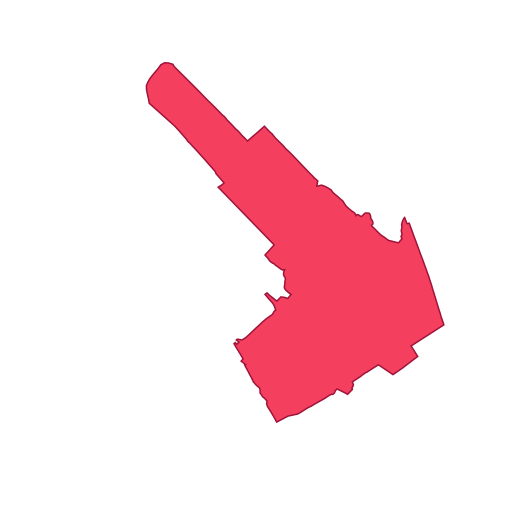 Ghindeni, Dolj, Romania, rotated 37°
{"feature_id": "2599482B6715750772475", "entity_name": "Ghindeni", "entity_type": "district", "adm_level": 2, "iso_a3": "ROU", "parent_name": "Romania", "parent_adm1": "Dolj", "projection": "natural_earth1", "projection_center": [23.924, 44.199], "detail": "fine", "context": "isolated", "style": "filled", "palette": "rose", "viewbox_px": 512, "rotation_deg": 37, "n_neighbors": 0, "source": "geoboundaries", "source_scale": "gbopen_adm2", "svg_char_len": 6131}
<svg xmlns="http://www.w3.org/2000/svg" viewBox="0 0 512 512"><g transform="rotate(37 256 256)"><path d="M366.5,373.5L372.5,376.2L375.0,370.8L377.9,364.6L384.4,357.1L384.8,356.2L385.6,354.4L387.6,349.0L388.1,347.6L388.8,345.9L390.6,342.4L391.9,339.1L394.0,334.3L395.5,330.9L396.8,327.9L397.8,324.8L398.5,323.1L399.5,320.9L400.2,320.7L400.7,320.2L400.9,319.4L401.1,318.2L400.4,315.7L400.8,313.4L408.0,312.0L411.6,311.4L412.4,311.4L413.3,304.5L412.1,303.8L412.1,303.3L411.8,302.2L411.7,300.9L411.1,300.0L410.0,299.4L409.1,298.8L408.7,298.6L409.6,296.1L410.5,293.6L411.9,289.7L412.4,287.9L412.5,286.9L413.1,285.4L413.7,283.4L414.5,282.0L416.4,276.7L417.0,275.1L417.5,273.8L418.4,271.5L418.7,270.8L419.2,269.2L423.4,269.0L436.8,268.3L440.4,257.4L445.6,238.9L438.6,236.2L434.0,234.5L447.5,197.9L445.1,196.2L444.9,196.1L444.1,195.6L443.4,195.1L442.7,194.6L441.9,194.1L441.1,193.6L440.4,193.1L439.7,192.6L439.0,192.0L438.3,191.5L437.7,191.0L436.2,190.0L435.5,189.5L434.8,189.0L433.4,188.0L431.9,186.9L431.2,186.4L430.4,185.8L429.6,185.3L428.9,184.7L428.1,184.1L427.3,183.6L426.5,183.0L425.7,182.4L424.9,181.8L424.1,181.2L423.3,180.6L422.5,180.1L420.9,178.9L420.1,178.3L419.4,177.8L418.5,177.2L417.6,176.6L416.8,175.9L415.9,175.3L415.1,174.7L414.3,174.0L413.4,173.4L409.1,170.4L408.3,169.8L407.4,169.2L406.6,168.6L404.8,167.4L403.9,166.9L403.1,166.3L400.4,164.6L399.6,164.0L397.8,162.8L396.9,162.3L396.0,161.7L395.1,161.1L394.2,160.5L391.4,158.7L390.5,158.1L388.7,157.0L387.7,156.4L386.8,155.8L386.0,155.3L384.4,154.3L383.6,153.8L382.0,152.7L381.2,152.2L380.3,151.6L378.6,150.5L377.7,149.9L376.8,149.4L376.0,148.8L375.5,148.5L375.1,148.2L374.3,147.7L373.4,147.2L372.6,146.7L372.1,146.3L371.6,146.0L370.7,145.5L369.8,144.9L369.0,144.3L368.1,143.8L367.3,143.2L366.3,142.6L365.7,142.2L364.7,141.5L364.3,141.3L361.2,139.3L358.6,137.6L357.1,139.3L351.5,135.8L351.4,136.2L351.6,137.5L351.7,138.4L351.8,139.1L352.6,141.4L353.2,142.9L353.7,143.6L354.1,144.1L354.7,144.4L355.3,145.4L356.2,147.2L356.6,148.1L356.8,148.4L357.3,148.9L359.3,150.6L359.7,151.0L359.9,151.3L359.8,151.9L359.8,152.3L360.0,152.8L360.5,153.4L360.8,153.7L361.0,153.9L361.6,154.1L362.1,154.3L362.2,154.6L362.2,154.9L362.2,155.3L362.1,156.0L362.0,156.6L362.0,158.3L362.0,158.9L361.8,159.7L358.8,161.1L356.8,161.9L352.4,163.8L349.8,163.8L346.7,163.8L344.5,164.0L343.1,164.0L341.5,163.9L336.7,163.2L330.0,162.3L329.8,161.8L330.0,160.4L330.0,159.9L329.1,158.8L328.7,158.4L327.6,157.8L325.9,157.2L325.2,156.8L324.4,156.2L324.0,155.7L323.5,155.2L322.7,154.6L321.9,154.2L321.3,153.9L321.1,153.7L320.3,153.9L319.5,154.4L317.5,155.8L317.2,156.4L317.0,156.9L316.9,158.4L316.7,159.9L316.4,160.8L316.2,161.0L315.7,161.3L314.9,161.4L313.7,161.4L312.7,161.5L312.1,161.9L311.8,162.3L311.7,162.6L311.5,163.1L311.5,163.5L310.9,163.1L310.0,162.7L309.3,162.4L308.8,162.3L307.3,162.3L306.5,162.4L305.7,162.4L304.7,162.4L303.5,162.4L302.3,162.3L301.7,162.3L301.0,162.2L300.2,162.1L299.5,162.1L298.8,162.0L298.0,161.9L295.5,161.1L293.4,160.3L292.8,160.0L292.1,159.8L289.9,159.7L288.6,159.7L287.7,159.5L284.1,159.3L280.4,159.1L278.3,158.7L277.6,158.5L276.2,158.0L274.3,158.2L271.7,158.4L267.9,159.2L265.6,160.0L263.1,163.2L262.5,163.6L260.1,158.8L259.2,158.8L258.1,158.7L257.2,158.6L256.8,158.6L256.6,158.5L256.4,158.5L255.7,158.8L255.3,158.4L254.6,158.3L252.6,158.0L250.0,157.7L247.6,157.3L238.3,155.8L224.5,153.5L218.7,152.7L217.4,152.6L216.4,152.5L215.7,152.4L215.1,152.4L214.6,152.3L212.7,151.8L211.3,151.5L201.0,150.2L200.6,150.1L199.3,149.8L197.3,149.3L195.6,148.8L193.9,148.7L192.5,148.6L190.4,148.3L184.6,147.3L184.4,148.5L183.3,153.9L182.6,157.3L181.5,162.3L180.0,169.3L176.0,168.6L171.8,168.1L169.8,167.6L168.5,167.3L166.6,167.0L165.0,166.8L163.7,166.8L162.4,166.6L159.9,166.1L158.6,165.9L153.8,165.1L150.5,164.7L149.7,164.3L147.4,163.8L146.1,163.6L145.1,163.7L144.3,163.6L136.4,162.4L129.4,161.4L124.3,160.8L120.8,160.3L114.1,159.2L105.2,157.9L76.9,154.0L74.2,152.9L70.2,154.4L66.8,156.6L64.9,160.5L65.0,165.7L64.7,170.1L64.5,174.9L64.5,178.5L65.1,182.7L66.0,186.0L68.5,189.1L72.0,192.2L75.9,195.5L78.9,198.3L112.5,201.1L117.7,202.0L129.7,204.5L131.3,205.0L131.9,205.3L133.2,205.6L133.9,205.6L134.6,205.6L135.0,205.7L138.4,206.3L140.5,206.7L143.2,207.1L149.1,208.3L157.6,209.9L163.1,211.1L172.7,213.1L173.6,213.6L174.2,214.2L176.3,214.7L186.5,216.8L186.2,218.6L185.6,220.8L185.0,222.0L184.4,223.8L263.8,236.2L263.2,243.5L262.6,249.8L264.7,250.3L265.9,250.4L267.6,250.9L270.1,251.7L271.9,251.8L273.6,251.7L275.1,251.4L276.0,251.4L277.3,251.6L278.8,251.5L281.5,251.5L283.8,251.5L285.0,251.3L285.6,251.2L285.9,250.7L287.1,249.7L287.2,250.3L287.6,251.7L287.9,252.2L288.2,252.8L288.9,253.9L289.3,254.2L289.8,254.7L290.7,255.3L291.2,255.4L291.8,255.5L292.3,255.9L292.9,256.2L293.2,256.6L293.5,257.1L293.9,257.9L294.2,258.4L294.9,259.7L295.5,260.5L296.0,261.2L296.4,261.9L296.6,262.6L297.0,263.2L297.5,264.0L298.4,264.7L299.5,265.1L300.7,265.4L302.5,265.5L303.9,265.6L305.2,265.7L307.1,265.5L306.9,270.8L303.8,271.8L302.2,272.7L301.0,273.4L300.5,273.7L300.3,275.6L299.8,279.5L297.1,279.4L293.1,279.3L289.9,279.2L287.1,278.8L286.9,279.4L286.6,279.9L286.5,280.3L286.4,280.8L286.3,281.2L291.8,282.5L293.9,282.9L295.9,283.3L297.9,283.7L299.9,284.5L301.8,285.7L304.3,287.3L303.8,288.9L303.9,290.6L304.2,292.1L304.1,293.3L304.0,294.1L303.6,294.8L302.4,298.6L302.0,299.9L301.7,301.1L301.4,302.8L301.0,304.1L300.6,306.6L300.3,308.4L299.3,313.7L298.9,316.4L297.1,326.6L296.6,328.3L295.4,331.4L294.6,331.9L292.6,332.8L291.0,333.8L290.8,334.9L294.2,335.1L293.8,338.0L291.5,337.6L291.2,339.3L307.6,345.9L307.6,346.1L307.4,348.9L312.8,349.0L312.3,349.6L312.4,349.8L315.6,351.3L319.5,353.1L321.1,353.9L324.6,355.5L329.2,357.8L329.7,358.0L329.8,358.2L330.0,358.1L330.8,358.3L332.3,358.7L333.3,358.9L334.3,359.0L335.2,359.1L336.3,359.2L336.9,359.2L337.8,359.2L338.4,359.4L339.3,360.0L339.6,360.3L339.9,360.6L340.4,361.3L340.9,361.9L341.5,362.6L341.8,363.0L342.5,363.3L343.1,363.3L343.9,363.6L344.7,363.9L345.7,364.3L345.9,364.4L346.6,364.5L348.3,364.5L349.5,364.7L351.6,365.1L352.1,365.1L353.4,367.7L356.0,369.4L358.4,370.3L360.6,371.1L366.5,373.5Z" fill="#f43f5e" stroke="#9f1239" stroke-width="1.5"/></g></svg>